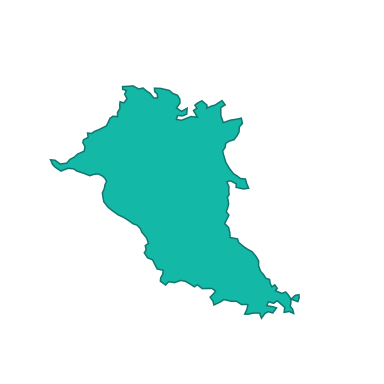 outline of Nova Esperança do Sudoeste, Paraná, Brazil, rotated 114°
{"feature_id": "56859067B10738168470860", "entity_name": "Nova Esperança do Sudoeste", "entity_type": "district", "adm_level": 2, "iso_a3": "BRA", "parent_name": "Brazil", "parent_adm1": "Paraná", "projection": "equal_earth", "projection_center": [-53.258, -25.889], "detail": "fine", "context": "isolated", "style": "filled", "palette": "teal", "viewbox_px": 384, "rotation_deg": 114, "n_neighbors": 0, "source": "geoboundaries", "source_scale": "gbopen_adm2", "svg_char_len": 2851}
<svg xmlns="http://www.w3.org/2000/svg" viewBox="0 0 384 384"><g transform="rotate(114 192 192)"><path d="M112.4,268.5L115.5,266.9L116.7,263.5L120.0,261.7L121.7,265.1L118.9,270.5L118.0,275.4L116.9,279.1L119.6,282.5L119.0,288.9L122.2,294.8L123.9,298.3L126.5,297.0L125.9,293.3L130.0,293.3L133.2,289.3L138.3,290.5L138.8,294.4L141.9,293.4L145.1,291.8L149.6,292.4L153.4,290.7L154.9,295.0L158.0,296.9L162.3,296.9L166.4,297.1L172.4,302.0L176.5,305.9L179.4,307.5L180.6,311.4L184.3,309.1L188.5,312.4L191.3,311.8L194.2,308.1L198.5,307.1L204.0,312.0L207.9,313.6L211.8,316.7L216.6,318.2L220.0,323.7L218.7,330.0L220.1,334.3L223.5,330.7L225.0,327.0L226.2,320.2L223.9,318.0L220.8,314.9L219.0,309.5L219.7,305.6L218.9,298.1L218.7,292.0L216.0,289.1L213.7,285.2L213.7,281.1L214.7,277.4L217.0,274.4L220.9,274.4L224.7,273.5L229.4,273.5L233.1,271.1L236.9,268.5L240.2,262.1L241.5,257.1L242.9,250.2L243.0,243.9L243.8,238.5L245.0,233.0L244.6,228.7L246.5,224.2L249.1,221.5L252.4,214.8L256.7,210.9L260.0,212.9L263.7,210.3L266.9,210.9L270.2,205.8L270.0,200.4L272.5,197.5L276.5,192.4L275.2,186.5L278.9,185.3L283.2,185.7L286.4,184.6L287.7,178.3L283.5,176.9L281.9,171.1L277.3,166.3L276.3,161.6L276.7,157.0L277.7,151.3L274.6,149.4L276.1,143.3L274.1,139.1L272.0,134.5L272.9,130.2L275.8,130.8L280.7,132.7L283.2,128.4L286.3,126.0L280.3,120.9L277.3,119.2L275.8,111.4L273.7,106.8L274.7,101.1L272.0,95.2L276.7,94.1L282.1,94.2L280.7,90.8L277.6,86.6L275.1,81.0L279.1,77.2L273.1,75.9L270.3,73.6L269.7,69.0L263.5,67.7L264.0,72.0L265.5,77.4L261.2,77.6L260.5,72.2L256.7,69.8L258.1,65.5L259.6,60.4L264.5,58.9L261.6,54.6L261.6,49.7L258.2,52.4L256.4,55.8L253.6,56.4L249.6,58.0L247.0,62.0L245.2,65.7L248.1,68.6L248.2,75.7L245.4,74.9L243.1,78.6L246.2,80.5L243.8,83.3L240.3,85.6L240.8,89.4L238.3,93.2L236.6,97.0L232.5,101.1L227.8,103.1L224.7,107.6L222.1,112.8L221.6,118.7L220.7,123.5L219.0,129.0L216.3,131.4L218.1,138.6L213.7,141.0L209.5,144.2L207.6,149.3L198.1,148.9L196.1,152.7L192.6,152.9L188.3,153.6L185.2,155.4L182.3,157.6L179.4,157.0L176.2,158.8L172.0,160.5L168.6,164.3L166.2,161.7L166.5,154.9L169.8,153.6L168.3,146.2L165.5,141.8L162.4,145.2L158.4,148.5L160.0,153.3L159.0,157.4L158.4,161.6L155.4,167.2L151.3,173.0L145.2,178.3L142.2,180.6L137.6,179.9L133.9,181.0L130.7,179.0L127.2,174.9L122.6,173.8L118.3,173.4L113.1,175.2L108.9,173.8L104.5,177.0L107.4,180.9L110.7,186.1L115.9,191.6L110.5,196.7L107.0,198.3L103.2,200.0L98.9,197.1L96.3,201.8L103.2,206.3L105.8,209.4L109.3,212.5L106.6,213.6L104.6,220.0L108.6,223.2L111.5,224.7L113.5,221.5L116.9,223.8L121.5,217.5L123.4,223.6L127.2,227.3L130.7,230.7L132.1,235.8L128.0,236.3L126.3,231.6L123.1,228.5L117.4,230.5L122.6,234.4L121.5,240.4L115.7,239.1L112.1,240.9L109.5,244.7L109.8,249.6L108.4,254.0L110.1,262.7L112.4,268.5ZM249.6,58.0L249.1,50.7L245.0,51.1L242.3,52.5L244.4,55.6L249.6,58.0Z" fill="#14b8a6" stroke="#0f766e" stroke-width="1.5"/></g></svg>